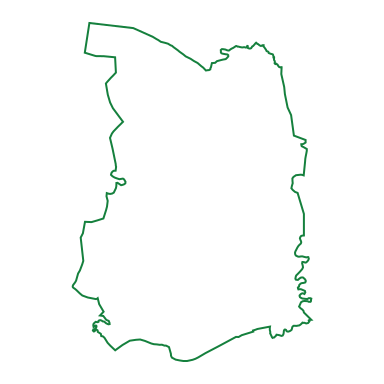 outline of Guri, Jigawa, Nigeria
{"feature_id": "59680162B66353567053476", "entity_name": "Guri", "entity_type": "district", "adm_level": 2, "iso_a3": "NGA", "parent_name": "Nigeria", "parent_adm1": "Jigawa", "projection": "orthographic", "projection_center": [10.497, 12.643], "detail": "fine", "context": "isolated", "style": "outline", "palette": "green", "viewbox_px": 384, "rotation_deg": 0, "n_neighbors": 0, "source": "geoboundaries", "source_scale": "gbopen_adm2", "svg_char_len": 5891}
<svg xmlns="http://www.w3.org/2000/svg" viewBox="0 0 384 384"><path d="M84.8,52.7L95.2,55.9L96.3,56.1L103.7,56.2L115.1,57.3L115.9,72.6L112.9,75.8L110.8,77.9L107.3,81.8L105.9,83.5L107.8,94.7L110.1,102.5L112.9,108.2L123.0,121.8L117.9,126.8L113.5,131.4L111.9,133.6L110.0,137.9L112.6,148.9L115.7,164.0L115.8,165.5L116.1,166.8L115.6,170.7L113.6,170.8L112.4,171.7L111.4,173.1L111.0,174.8L112.4,176.2L114.5,177.5L116.9,178.4L119.4,179.2L122.9,178.6L124.1,179.4L125.5,181.8L125.3,183.4L123.9,184.4L122.4,184.9L121.1,185.2L117.5,182.8L116.4,183.0L116.4,184.2L116.3,186.3L115.9,188.2L113.8,192.6L112.3,193.5L110.5,193.9L108.9,193.8L106.8,193.1L106.5,196.3L107.7,200.9L107.0,206.6L106.1,210.0L103.4,218.5L97.0,220.5L91.5,222.1L85.0,221.8L82.9,233.3L80.7,237.6L83.3,260.9L82.2,264.4L79.9,270.5L78.1,273.5L76.1,280.6L75.1,282.4L73.2,284.9L72.7,286.2L72.8,287.1L73.4,287.8L75.0,288.9L76.4,290.1L79.8,293.4L82.3,295.5L87.8,297.5L96.0,299.1L97.1,298.7L97.7,298.2L99.2,304.2L103.6,311.7L100.0,315.5L103.3,316.0L106.3,319.9L108.7,320.9L109.5,322.8L109.6,324.1L108.4,324.3L107.2,323.8L106.0,323.2L104.8,322.1L104.0,321.5L102.7,321.4L101.8,320.7L100.6,320.2L99.3,320.3L98.5,320.9L98.5,321.8L97.8,322.2L96.8,322.1L95.8,321.8L95.1,322.3L94.1,323.2L93.4,324.2L93.3,325.6L93.6,327.0L94.5,326.4L95.1,325.7L95.8,325.5L96.3,325.7L96.5,326.8L95.9,327.9L95.3,328.6L94.6,329.1L94.2,329.6L93.3,329.6L92.9,330.6L93.9,331.5L94.6,331.2L95.5,330.0L96.5,329.6L97.6,330.4L97.8,331.9L100.8,333.8L101.3,336.1L102.8,336.3L104.3,337.6L104.6,338.0L107.6,342.8L110.3,345.7L115.2,350.3L122.5,345.0L129.8,340.7L136.0,339.8L140.1,339.5L144.9,340.9L151.3,343.5L153.9,344.2L156.8,344.4L159.7,344.8L161.9,344.7L164.4,345.6L166.0,345.6L169.0,347.1L170.9,353.8L171.0,355.7L171.9,357.6L175.6,359.6L179.5,360.4L183.3,361.0L187.1,361.0L192.6,359.8L195.4,358.8L198.2,357.4L205.5,353.1L218.5,346.3L236.0,336.9L238.6,337.0L241.7,335.2L253.3,331.6L253.0,330.5L255.6,329.7L257.4,329.0L270.0,326.6L269.8,327.8L269.8,330.0L270.2,331.5L270.3,333.3L270.2,333.5L270.6,334.2L271.6,336.3L271.7,336.7L272.1,337.4L272.6,337.9L273.4,337.5L274.1,337.5L276.0,335.7L276.5,334.7L279.1,335.1L281.4,335.9L282.6,335.6L283.3,334.5L283.7,332.9L283.8,331.4L284.0,330.4L284.6,329.6L285.5,329.6L286.1,330.0L286.5,331.0L287.2,331.5L288.3,331.6L289.5,331.2L290.5,330.7L291.6,329.8L292.0,328.5L292.3,327.1L292.7,326.5L293.6,325.8L294.8,325.8L296.5,325.9L298.0,325.6L299.3,325.4L300.5,324.6L301.6,323.6L302.5,322.6L302.9,322.7L303.0,322.9L304.5,322.8L305.5,323.2L306.1,323.4L306.6,323.4L307.3,323.2L308.1,323.0L308.7,322.3L309.4,321.4L308.7,320.5L308.7,320.4L308.8,320.3L309.4,320.0L311.3,319.8L303.9,312.5L303.5,310.9L302.4,309.6L300.5,308.2L299.1,306.6L301.0,302.3L302.6,301.3L304.3,301.0L307.6,301.2L308.8,301.8L310.5,301.8L311.0,301.0L311.0,300.0L311.3,298.6L310.3,298.2L308.7,298.2L307.4,299.0L305.7,298.9L304.1,298.7L302.3,298.5L300.7,297.7L300.0,297.2L299.6,296.1L299.6,295.4L300.7,294.2L301.8,293.5L302.9,293.3L304.4,294.0L305.3,292.4L304.9,290.9L301.9,289.6L300.8,289.2L299.4,289.2L298.4,289.4L298.0,288.5L297.9,287.5L299.0,286.6L299.2,285.1L300.6,283.6L301.9,283.1L303.7,282.9L305.3,282.4L305.8,281.0L305.2,279.5L303.2,277.6L302.2,277.4L300.9,277.6L299.9,278.2L298.9,279.0L297.9,279.9L296.8,279.8L295.8,279.6L295.4,278.7L295.7,276.9L296.2,275.5L298.2,273.5L300.2,271.4L302.2,269.1L303.0,267.4L302.8,265.9L302.1,263.2L302.4,262.0L303.9,262.1L305.2,262.6L306.2,262.4L307.3,261.4L308.2,260.3L308.8,258.8L308.3,257.1L307.4,257.1L306.4,257.4L303.9,256.8L302.5,256.4L301.0,256.4L299.5,256.7L298.3,256.7L296.9,256.1L295.8,255.5L295.2,254.3L295.0,252.8L295.4,251.4L296.8,248.7L297.4,247.5L298.6,245.7L299.6,244.7L300.8,243.6L301.2,242.6L301.1,241.4L300.5,240.1L299.9,238.3L300.3,237.1L301.0,236.1L302.2,235.6L303.9,235.5L303.9,213.9L297.6,192.9L295.0,191.9L292.8,190.0L291.4,188.3L291.9,185.9L292.7,183.2L292.5,181.1L292.4,178.4L293.5,176.9L296.0,175.2L298.0,175.0L300.5,174.7L301.9,174.8L303.7,175.4L305.1,161.4L305.3,158.8L305.7,156.5L306.3,153.5L306.8,150.8L306.8,149.0L303.7,147.2L301.7,146.2L301.3,144.8L301.3,144.2L302.5,144.2L303.8,143.7L305.6,142.5L305.6,140.0L293.9,135.6L291.1,115.1L287.6,107.5L284.9,94.1L284.2,87.0L281.3,74.1L281.6,67.2L281.1,67.1L280.6,67.4L280.2,67.4L279.6,67.1L279.0,66.9L278.6,66.3L277.8,65.4L277.7,64.8L277.4,64.5L276.6,64.0L276.1,63.9L275.5,64.1L275.1,63.9L274.8,63.5L275.2,63.1L274.7,62.8L274.8,62.2L274.8,61.4L274.6,60.8L274.1,60.1L274.0,59.4L274.1,57.9L273.5,57.7L273.4,57.3L273.5,56.9L273.8,56.7L273.3,56.0L273.1,55.0L272.8,54.4L271.7,54.0L271.0,53.9L270.3,53.6L269.3,53.3L268.7,53.0L268.5,52.1L268.0,51.6L267.3,51.3L266.8,51.2L266.4,50.8L266.2,50.2L265.9,49.5L265.3,48.8L264.6,47.7L263.9,46.8L263.3,46.3L263.3,46.0L263.6,45.6L263.6,45.2L263.1,45.2L262.7,45.2L262.1,45.4L261.6,45.7L261.0,46.0L260.3,45.7L259.5,45.3L258.1,44.1L257.5,44.0L257.0,43.6L256.3,42.7L256.1,42.7L255.7,43.1L255.2,43.6L254.4,44.6L253.4,45.7L253.0,46.1L252.3,46.4L252.0,46.8L251.7,47.4L251.1,48.2L250.2,48.5L249.2,48.5L248.0,48.1L247.7,47.7L247.8,46.5L247.7,46.0L247.3,45.9L247.0,46.3L246.8,46.8L246.6,47.4L245.9,47.6L245.2,47.4L244.4,47.2L243.7,47.2L242.9,47.4L242.1,47.4L241.3,47.3L239.4,46.9L238.5,46.6L237.5,46.6L236.7,46.1L236.2,46.0L235.7,46.2L235.0,46.7L234.1,47.3L233.2,47.9L232.1,48.4L231.0,49.0L229.9,49.8L229.0,50.5L228.4,50.5L227.6,50.4L226.6,50.1L225.6,49.6L224.6,49.4L222.6,49.1L221.9,49.1L220.8,50.0L220.8,50.5L220.9,51.4L220.9,52.5L221.5,53.3L222.7,53.7L225.3,54.2L227.5,54.5L228.2,55.1L228.3,56.4L227.2,57.7L225.7,59.1L222.9,59.6L220.5,60.2L218.6,60.7L216.9,61.2L215.2,62.8L211.9,63.1L211.5,64.8L211.0,67.1L210.4,68.3L210.3,69.4L209.0,70.1L207.6,70.2L205.9,70.5L203.2,67.6L201.3,66.2L197.6,63.0L193.9,61.0L190.6,58.8L185.7,56.4L183.3,54.4L179.5,51.7L178.0,50.4L173.6,47.2L172.0,45.8L170.6,45.3L168.0,43.7L164.9,42.8L160.8,41.8L158.2,40.0L156.5,39.1L152.9,36.9L133.3,28.1L89.4,23.0L84.8,52.7Z" fill="none" stroke="#15803d" stroke-width="2"/></svg>